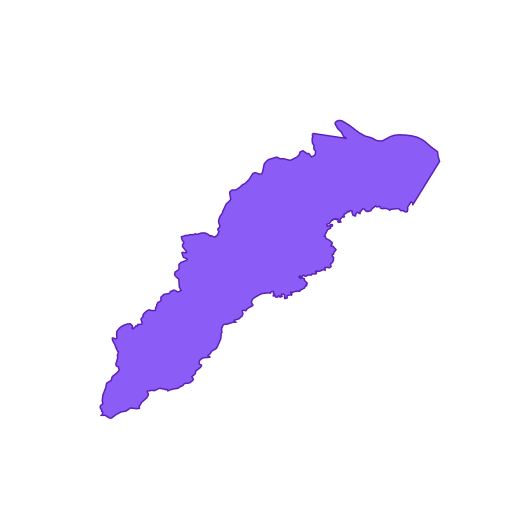 Monte Alegre, Pará, Brazil, rotated 244°
{"feature_id": "56859067B76441497058081", "entity_name": "Monte Alegre", "entity_type": "district", "adm_level": 2, "iso_a3": "BRA", "parent_name": "Brazil", "parent_adm1": "Pará", "projection": "mercator", "projection_center": [-54.454, -1.021], "detail": "fine", "context": "isolated", "style": "filled", "palette": "violet", "viewbox_px": 512, "rotation_deg": 244, "n_neighbors": 0, "source": "geoboundaries", "source_scale": "gbopen_adm2", "svg_char_len": 6111}
<svg xmlns="http://www.w3.org/2000/svg" viewBox="0 0 512 512"><g transform="rotate(244 256 256)"><path d="M233.0,418.9L260.5,462.4L266.3,463.5L269.9,464.8L270.5,464.7L278.0,460.8L284.6,458.1L287.5,456.5L291.9,453.1L295.8,448.6L299.2,443.3L302.3,437.5L303.9,433.1L304.4,429.1L304.1,421.3L304.3,419.4L306.1,416.0L308.5,413.6L309.9,413.0L312.0,411.2L316.0,406.6L321.7,402.6L332.7,397.1L339.6,392.7L341.1,390.8L341.6,389.5L341.8,387.6L341.3,385.9L340.5,385.2L339.3,385.0L334.6,385.3L330.0,387.0L325.1,387.2L321.9,389.0L341.0,361.2L340.5,359.9L337.7,359.1L337.6,358.4L334.7,356.9L332.5,356.2L329.7,356.6L328.2,355.5L326.3,354.9L324.3,355.6L321.6,354.0L320.7,352.2L320.7,349.3L324.9,348.4L325.9,346.6L330.1,344.3L330.1,341.1L328.1,339.3L326.9,335.9L326.9,328.8L331.4,323.3L332.6,320.7L333.5,319.7L335.5,318.4L336.0,317.0L337.2,309.5L336.5,306.7L335.2,303.8L328.3,298.5L327.4,296.6L327.7,295.4L330.9,292.2L331.4,291.4L331.5,289.3L327.8,283.4L325.8,277.5L326.1,275.6L324.8,271.4L324.2,266.7L325.8,263.5L325.3,260.9L324.3,260.0L318.1,258.2L317.1,256.5L315.8,252.0L310.6,245.6L309.2,244.4L307.5,241.2L306.0,239.5L303.7,237.6L302.3,237.1L299.4,236.8L298.0,236.2L297.1,233.6L295.7,233.1L294.2,233.5L291.5,230.1L291.6,229.1L291.0,228.0L291.2,226.9L294.1,224.5L293.9,223.5L296.4,222.5L299.1,220.2L300.6,217.0L301.3,212.2L302.6,211.2L302.6,209.0L304.0,206.3L304.5,203.3L305.3,202.1L305.9,197.3L302.8,196.6L299.7,197.2L298.3,194.9L296.5,194.1L290.3,195.5L289.4,194.8L291.3,192.0L291.5,191.1L291.2,190.7L286.5,190.2L284.5,192.2L283.3,192.8L282.6,191.2L283.1,185.6L282.3,183.1L278.6,181.4L277.7,180.6L277.0,176.2L274.8,174.6L272.1,175.1L269.1,176.5L261.8,173.5L257.8,173.5L257.8,170.8L258.2,169.7L260.1,168.5L261.4,167.2L261.6,166.5L261.2,165.8L261.7,163.6L260.5,162.2L260.6,160.6L261.9,156.5L260.6,152.4L257.7,151.1L257.3,150.5L257.3,147.7L255.8,145.4L254.7,145.0L253.6,143.2L251.8,142.2L251.2,141.4L252.9,138.0L254.5,136.4L254.5,133.5L253.4,130.0L252.4,128.5L251.0,128.0L250.4,126.1L249.6,124.9L245.9,124.3L245.1,123.9L244.8,123.2L246.3,119.7L245.1,118.7L245.8,117.4L244.8,115.2L244.6,113.4L244.8,113.0L245.3,113.0L246.4,114.0L247.6,114.3L250.1,113.4L251.2,110.8L251.7,107.2L251.6,104.2L251.0,101.6L249.2,97.9L246.5,96.3L243.1,95.0L243.1,93.4L245.1,91.5L245.0,90.7L242.8,90.1L238.0,90.3L234.8,89.9L230.6,89.9L230.2,90.3L228.7,89.3L227.6,87.8L225.9,87.5L224.2,86.3L220.7,83.0L219.5,82.3L218.3,82.4L216.5,83.7L213.8,83.0L212.8,81.9L211.8,79.3L210.7,74.3L209.7,73.0L207.7,71.4L207.2,66.3L206.4,65.3L204.0,63.7L198.1,57.4L193.1,54.2L190.9,54.0L190.4,53.6L189.6,50.5L187.8,49.4L184.8,49.8L184.0,49.1L183.1,49.8L182.2,49.5L181.0,48.3L180.6,47.2L179.0,50.5L175.3,52.8L174.2,53.8L173.7,55.3L174.8,60.5L175.0,66.2L173.6,71.4L174.4,76.6L171.1,81.7L170.2,84.4L172.1,85.2L173.6,87.7L174.4,88.4L176.4,95.6L177.9,97.9L178.8,98.6L179.8,98.9L180.7,98.6L182.1,98.9L182.2,99.8L181.5,101.0L181.0,103.5L179.5,105.6L179.5,111.0L176.8,115.0L175.6,115.9L175.0,117.6L173.4,117.7L173.4,119.8L172.6,123.8L171.3,127.8L171.7,130.0L171.6,133.6L172.4,134.6L172.6,136.3L171.4,139.3L171.1,141.0L171.8,144.2L172.3,145.4L173.3,145.7L175.6,145.4L176.6,149.4L179.1,151.7L180.2,157.3L181.3,159.0L182.1,159.0L183.6,157.8L184.9,157.9L186.7,159.5L187.2,160.4L187.7,163.6L185.3,170.1L185.9,170.2L186.9,169.2L187.6,169.2L188.2,171.7L190.0,174.8L190.2,179.3L190.9,180.8L196.7,187.7L199.8,189.8L201.0,190.1L202.4,192.0L203.9,192.3L205.8,193.3L208.3,196.0L208.5,197.9L207.5,199.7L206.6,205.9L205.5,208.8L207.5,208.0L207.8,208.5L207.0,213.0L208.3,217.4L209.9,219.0L212.0,219.3L212.9,219.9L212.7,221.2L211.3,222.7L211.3,223.3L212.4,224.7L212.6,225.9L212.8,231.3L213.6,231.8L215.5,231.4L216.8,231.9L218.0,233.0L219.1,235.0L219.7,242.2L219.6,245.0L217.6,250.6L216.3,252.8L217.2,253.7L217.1,255.0L216.0,256.0L214.9,255.3L213.3,255.8L213.1,254.2L212.5,254.0L212.0,255.3L211.6,255.8L210.7,255.6L209.7,256.9L209.7,257.9L210.4,258.7L209.2,259.9L208.5,259.6L208.3,260.2L208.6,260.7L208.2,261.7L208.8,261.9L209.9,261.6L210.4,262.5L209.6,264.1L208.5,264.6L205.3,263.1L204.6,264.8L204.7,265.8L206.2,266.1L206.6,266.6L206.2,269.6L205.2,270.7L206.2,271.6L207.5,271.1L208.2,271.3L208.1,271.9L207.3,272.8L206.9,276.3L206.4,276.9L206.2,278.2L205.3,279.3L205.2,280.0L205.9,281.1L206.0,285.5L206.5,285.9L207.1,287.4L207.1,288.4L207.6,288.8L208.2,288.5L208.7,289.9L209.2,290.1L212.8,288.9L214.3,289.5L216.2,287.9L216.2,286.4L217.7,285.4L218.7,285.8L218.9,286.5L218.2,287.2L217.4,287.3L217.1,287.9L218.0,289.9L217.5,290.6L216.4,291.1L215.9,292.0L216.2,294.3L214.6,297.3L215.3,298.8L213.8,301.5L213.7,302.3L214.0,302.8L214.7,303.0L215.3,302.6L216.0,302.8L216.2,303.4L214.9,305.2L214.4,306.9L214.3,310.5L213.0,311.9L215.3,312.9L214.2,315.6L213.3,316.5L213.3,317.9L213.7,318.9L215.8,319.3L216.4,320.4L216.6,321.5L218.2,323.8L219.6,324.3L220.3,325.0L221.1,325.1L221.8,324.5L223.2,324.8L223.7,325.4L223.6,326.3L225.4,328.1L225.8,329.4L226.7,330.7L231.0,329.4L232.0,327.9L232.8,328.3L233.4,329.6L234.5,330.3L238.0,328.9L241.0,326.6L243.3,326.9L243.9,326.2L248.0,331.6L248.4,332.7L248.2,335.0L249.5,336.0L249.5,337.6L250.1,338.3L250.8,338.3L251.2,337.7L251.5,336.4L251.0,335.1L251.1,333.8L251.9,333.0L253.4,333.7L253.2,336.3L254.6,339.1L255.0,339.4L254.5,340.7L255.2,341.9L254.7,342.3L254.8,343.6L254.6,344.1L253.9,343.8L253.4,344.1L253.2,345.9L251.8,345.5L250.9,344.6L250.1,345.0L249.3,347.0L250.2,347.3L251.2,347.0L251.6,347.4L252.4,348.4L253.3,351.1L252.4,352.0L252.5,352.6L254.7,353.0L255.1,356.6L255.8,357.6L255.7,358.3L255.0,358.6L255.0,359.1L255.5,360.7L254.0,362.1L253.0,361.3L249.9,361.1L248.5,362.6L248.5,363.1L249.7,363.8L250.4,364.7L250.8,366.3L250.6,366.9L249.3,367.2L248.6,368.1L249.8,368.8L251.5,372.5L251.0,373.8L248.4,374.4L246.9,375.9L246.4,379.1L248.0,381.8L247.8,383.2L248.5,384.3L248.4,385.3L247.1,386.2L246.5,388.6L246.0,388.9L244.5,388.9L243.2,390.2L242.8,391.0L243.0,391.6L242.3,392.4L241.7,393.9L239.5,395.9L238.5,396.3L238.9,396.9L238.5,398.8L236.3,404.4L235.7,405.1L233.3,406.0L232.3,408.1L230.3,409.4L229.8,410.2L229.6,411.4L231.3,412.8L233.5,413.7L236.6,419.0L236.4,419.4L235.0,420.0L234.1,419.9L233.0,418.9Z" fill="#8b5cf6" stroke="#5b21b6" stroke-width="1.5"/></g></svg>